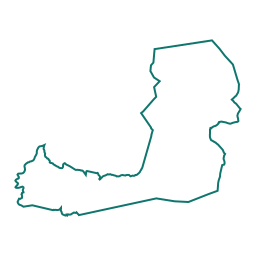 outline of Ayotzintepec, Oaxaca, Mexico
{"feature_id": "50627088B35063367960799", "entity_name": "Ayotzintepec", "entity_type": "district", "adm_level": 2, "iso_a3": "MEX", "parent_name": "Mexico", "parent_adm1": "Oaxaca", "projection": "albers", "projection_center": [-96.196, 17.726], "detail": "fine", "context": "isolated", "style": "outline", "palette": "teal", "viewbox_px": 256, "rotation_deg": 0, "n_neighbors": 0, "source": "geoboundaries", "source_scale": "gbopen_adm2", "svg_char_len": 5719}
<svg xmlns="http://www.w3.org/2000/svg" viewBox="0 0 256 256"><path d="M208.8,194.0L217.6,190.8L218.2,182.9L218.7,180.4L220.0,176.6L220.2,173.6L222.2,165.1L224.1,164.6L224.6,163.4L224.5,161.8L224.2,160.6L223.7,159.4L223.6,158.2L223.9,156.9L224.0,155.9L224.5,155.0L225.1,153.9L224.2,153.1L223.9,152.5L223.6,152.0L223.5,151.7L222.9,150.1L222.4,149.5L222.1,149.1L221.6,148.6L221.4,148.3L220.8,147.7L220.6,147.5L220.5,147.3L220.3,147.1L220.2,147.0L219.6,146.3L219.4,146.1L219.0,145.7L218.8,145.4L218.5,145.1L218.2,144.7L216.4,143.4L216.1,143.1L216.0,142.9L215.9,142.9L215.7,142.7L215.3,142.5L215.2,142.4L214.9,142.2L214.7,142.1L214.4,142.0L214.4,141.9L214.2,141.8L214.1,141.7L213.9,141.6L213.6,141.5L213.5,141.4L212.8,141.0L211.1,140.1L210.1,137.8L210.0,137.3L210.0,136.9L209.9,136.5L209.9,136.1L209.9,135.6L209.9,135.2L209.9,134.9L209.9,134.3L210.0,134.0L210.0,133.8L210.0,130.0L210.0,129.2L211.0,128.5L210.7,127.9L211.5,127.6L212.0,127.5L212.7,127.1L213.0,126.8L213.4,126.5L214.1,126.3L214.6,126.1L214.9,126.1L215.2,126.0L215.5,125.8L215.8,125.7L216.2,125.5L216.5,125.3L216.7,125.1L217.0,124.9L217.3,124.7L217.5,124.5L217.7,124.4L217.8,124.2L218.1,123.9L218.2,123.7L218.4,123.5L218.7,123.1L218.6,122.9L219.0,122.6L219.1,122.0L221.5,121.6L226.1,122.5L227.9,123.2L228.3,123.3L228.8,123.4L229.1,123.5L229.4,123.6L229.8,123.7L230.2,123.7L230.7,123.6L231.0,123.5L231.3,123.4L233.1,122.7L235.6,122.1L237.6,121.8L238.0,121.4L238.4,121.0L238.3,120.5L238.3,120.2L238.2,119.9L238.1,119.4L238.1,119.0L238.1,118.7L238.1,118.4L238.0,118.1L237.9,117.9L237.5,116.8L237.5,115.8L237.4,115.6L237.9,113.6L239.5,111.0L240.6,109.0L240.1,108.6L236.1,103.7L234.3,102.4L233.7,101.4L231.8,99.6L232.7,98.8L233.3,98.3L234.9,96.7L235.5,96.2L236.1,95.8L237.7,93.1L238.1,92.4L238.7,89.7L238.9,85.1L239.1,84.6L237.4,79.6L232.9,64.5L224.8,55.7L219.6,48.9L212.0,40.4L154.6,49.1L153.4,62.6L151.0,65.3L150.4,71.1L154.0,77.5L159.7,81.2L154.1,87.1L156.2,96.8L153.7,99.4L143.2,111.4L141.1,113.1L143.2,116.1L151.0,127.5L151.1,128.4L152.8,130.1L151.3,135.2L151.4,135.8L142.4,167.3L142.2,167.9L141.9,168.3L141.6,168.7L141.5,169.3L141.1,169.7L140.9,170.2L140.6,170.6L140.3,171.1L140.1,171.7L139.7,172.2L139.3,172.6L139.0,173.0L138.6,173.4L138.1,173.7L137.6,174.2L137.2,174.5L136.8,174.8L136.2,175.0L135.6,175.0L135.3,175.0L134.6,175.7L133.6,175.8L132.5,175.6L131.5,176.0L130.5,176.3L129.5,175.4L129.0,175.0L128.0,174.9L126.6,175.0L126.0,175.2L125.5,175.5L124.8,175.4L123.9,175.3L123.3,175.2L122.7,175.0L121.4,175.2L120.8,175.4L120.1,175.8L119.6,176.2L118.5,176.4L117.9,176.3L116.7,176.4L116.3,176.0L115.8,175.8L114.8,175.5L114.1,175.4L113.6,175.2L112.8,174.9L111.6,174.9L111.1,174.6L110.4,174.2L109.7,174.3L109.0,174.5L108.2,174.4L107.7,174.2L106.9,174.7L106.2,175.0L105.3,175.5L104.5,175.7L104.1,175.8L103.5,176.1L102.7,176.5L102.2,177.1L101.4,177.9L100.8,178.4L100.3,179.1L99.7,179.5L99.3,179.0L99.7,178.3L100.0,177.8L100.0,177.1L99.9,176.5L99.6,176.0L99.0,175.4L98.6,175.1L98.4,174.4L98.0,173.7L97.9,173.2L97.5,172.9L96.8,173.2L86.9,171.0L86.3,171.5L85.8,174.9L83.9,172.2L83.3,171.4L82.9,171.0L82.4,170.6L81.6,170.6L81.0,170.3L80.5,170.4L80.0,170.1L77.2,169.8L76.6,169.9L76.0,169.9L75.6,169.9L70.4,166.6L69.1,165.9L66.4,164.6L65.5,163.9L64.8,163.2L63.8,163.7L63.2,164.4L63.1,165.4L63.0,166.6L62.8,167.4L62.3,168.0L61.5,168.2L60.7,168.1L60.1,168.0L59.6,167.9L58.7,167.4L58.3,166.9L56.7,166.3L55.6,165.6L55.1,165.4L54.8,165.0L54.2,164.8L53.3,164.2L53.0,163.6L52.5,163.4L52.0,163.1L51.1,163.0L50.6,162.9L49.9,162.6L49.7,162.2L49.8,161.3L49.6,160.5L48.8,159.9L48.5,159.1L48.1,158.7L47.2,158.5L46.6,157.7L46.1,157.2L45.4,156.8L45.1,156.0L44.9,155.3L45.0,154.4L45.1,153.4L44.7,152.8L44.5,152.2L44.4,151.5L44.4,150.5L44.0,149.6L43.7,149.2L43.6,148.6L43.7,147.9L43.8,147.4L43.9,146.6L44.0,146.1L44.2,145.5L44.4,145.0L42.2,146.0L40.2,146.3L39.4,146.5L39.0,146.9L38.3,147.6L37.9,148.4L37.5,149.2L37.2,149.8L37.0,150.4L36.8,151.3L36.8,152.1L36.8,152.6L36.7,153.7L36.3,154.4L35.9,155.3L35.4,156.1L34.9,157.0L34.7,157.6L34.5,158.2L34.2,159.0L34.0,159.4L33.4,160.2L32.8,160.7L32.0,161.0L31.0,161.4L29.8,161.6L28.9,162.3L28.0,162.3L27.5,162.7L26.3,163.5L25.7,164.0L25.3,164.5L24.7,165.1L24.5,166.0L24.5,166.8L24.8,167.7L24.9,168.6L25.0,169.7L24.8,170.6L24.5,171.2L24.0,172.1L23.6,172.6L23.1,173.0L22.1,173.4L21.6,173.5L20.7,173.5L20.2,173.5L19.5,173.6L18.9,173.6L18.2,173.7L17.8,174.2L17.5,174.6L17.8,175.3L18.2,175.9L18.5,176.5L18.8,176.9L18.9,177.9L18.4,178.6L17.8,178.6L17.1,179.0L16.3,179.5L15.9,179.8L15.4,180.5L15.6,181.1L16.1,181.6L16.7,182.3L17.4,182.7L17.9,183.2L18.0,183.8L17.6,184.6L17.3,185.2L16.8,185.4L16.3,186.2L15.7,186.7L15.5,187.3L16.1,187.8L16.7,187.9L17.8,187.9L18.5,187.8L19.6,187.6L20.6,187.2L21.4,186.9L22.2,186.7L22.7,186.7L23.5,187.4L23.5,188.1L23.3,188.7L23.1,189.1L22.9,189.6L22.8,190.2L22.9,190.8L23.1,191.3L23.4,191.8L23.5,192.4L22.5,192.7L22.0,193.0L22.0,193.7L21.5,194.3L21.8,194.8L22.0,195.7L22.1,196.6L22.0,197.8L20.2,198.9L19.6,198.8L19.0,198.7L18.6,199.6L18.3,200.4L18.1,200.8L17.7,201.5L17.7,202.3L18.1,203.3L18.9,204.4L19.8,204.9L20.6,205.1L21.7,205.6L23.5,206.7L32.3,205.3L53.1,210.2L53.7,209.8L54.5,210.0L55.0,209.9L55.6,209.9L56.1,209.9L57.0,210.1L57.7,210.0L59.1,209.8L60.2,208.8L61.0,207.8L61.0,208.6L60.9,209.1L60.8,209.6L60.9,210.3L61.0,210.9L61.2,211.4L61.5,211.8L61.7,212.3L61.8,213.0L61.9,213.5L62.5,214.3L63.3,214.7L63.9,214.9L64.5,215.2L65.8,215.6L66.2,215.1L66.4,214.5L67.1,214.7L67.4,215.2L67.7,214.7L68.0,214.3L68.8,214.6L69.3,214.6L69.8,214.6L70.4,214.5L71.0,214.4L71.6,213.9L72.1,213.6L73.0,213.1L73.8,212.6L74.3,212.6L74.9,212.8L75.5,212.9L76.0,212.8L76.5,212.3L77.0,212.9L77.6,213.7L78.1,214.1L78.6,214.5L78.9,215.1L156.3,198.4L174.6,201.3L188.4,202.0L208.8,194.0Z" fill="none" stroke="#0f766e" stroke-width="2"/></svg>